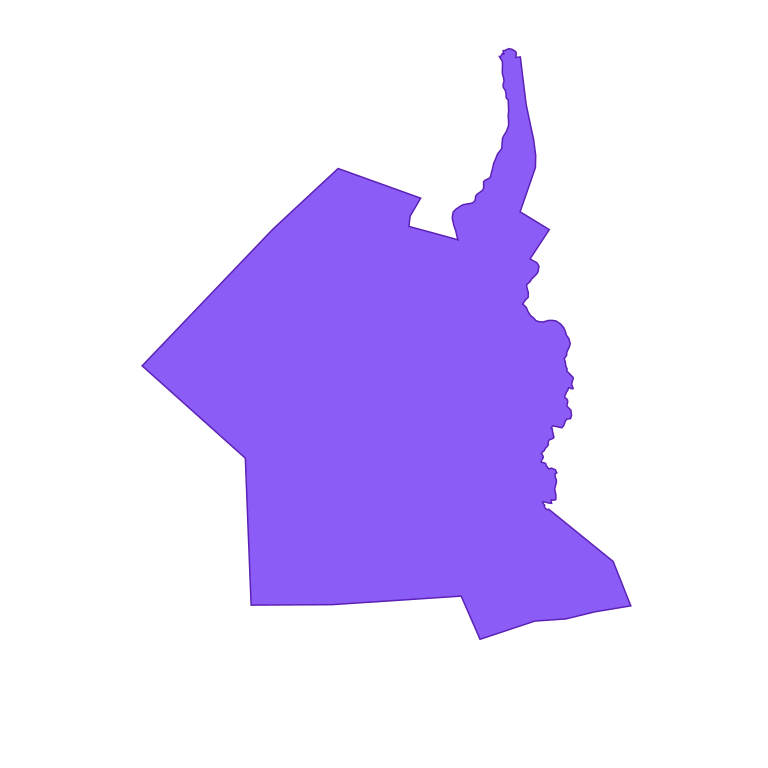 San Jerónimo Taviche, Oaxaca, Mexico (orthographic projection), rotated 73°
{"feature_id": "50627088B38398266260275", "entity_name": "San Jerónimo Taviche", "entity_type": "district", "adm_level": 2, "iso_a3": "MEX", "parent_name": "Mexico", "parent_adm1": "Oaxaca", "projection": "orthographic", "projection_center": [-96.586, 16.703], "detail": "fine", "context": "isolated", "style": "filled", "palette": "violet", "viewbox_px": 768, "rotation_deg": 73, "n_neighbors": 0, "source": "geoboundaries", "source_scale": "gbopen_adm2", "svg_char_len": 2965}
<svg xmlns="http://www.w3.org/2000/svg" viewBox="0 0 768 768"><g transform="rotate(73 384 384)"><path d="M111.1,158.0L110.2,162.6L106.7,160.8L104.6,160.9L102.2,162.9L101.1,164.1L100.2,166.0L99.7,166.7L100.1,167.9L100.0,169.5L100.6,170.5L100.0,172.6L102.6,173.1L103.3,172.7L103.6,173.3L102.7,174.3L104.9,176.8L104.6,177.9L106.7,177.4L110.2,176.5L114.2,177.6L117.8,178.9L122.0,180.1L125.7,180.1L129.2,180.6L132.7,182.7L135.4,183.2L138.8,182.2L142.2,182.4L144.5,183.2L146.7,183.4L148.2,182.1L159.1,184.9L164.0,186.9L167.2,187.6L170.7,188.5L173.3,189.3L178.4,193.2L180.8,196.1L183.7,198.8L187.8,200.5L193.2,202.5L196.0,206.4L197.1,208.0L199.4,209.9L202.4,212.3L205.2,214.7L209.7,217.2L213.6,219.7L216.7,221.3L218.0,223.2L218.7,227.8L219.6,229.6L221.8,230.3L225.7,231.4L227.5,233.0L228.3,235.1L229.6,239.1L231.0,241.3L235.1,243.3L236.4,245.2L236.7,247.8L236.1,251.9L235.7,255.6L235.9,257.6L236.8,260.7L237.9,264.2L239.5,267.3L241.4,268.5L244.7,270.0L245.6,270.3L246.5,270.4L248.8,270.5L250.8,270.7L252.5,270.9L254.2,270.8L256.5,270.7L258.3,270.6L260.9,270.8L263.0,270.9L264.6,271.1L266.3,271.1L267.8,271.0L253.0,294.3L240.6,314.1L231.1,309.9L217.0,294.6L164.5,364.9L203.5,445.1L295.9,610.0L414.4,538.3L481.2,555.9L556.6,575.7L580.0,497.6L580.2,496.5L609.4,372.2L656.2,366.8L656.1,361.6L654.8,309.1L661.8,278.9L663.5,249.1L668.3,212.8L667.9,212.9L620.8,216.7L551.9,263.1L551.9,264.8L550.3,266.0L548.4,266.5L546.8,265.8L544.1,267.1L543.0,266.2L546.2,260.9L547.1,258.6L543.8,258.2L545.0,254.7L544.5,253.3L540.5,252.1L534.3,251.5L528.2,247.7L525.7,247.2L522.4,247.5L520.0,246.6L519.5,244.7L516.0,245.3L513.4,248.5L513.3,251.3L509.6,252.6L507.2,252.7L506.1,254.0L504.9,256.5L503.4,255.9L500.8,253.1L499.0,253.0L496.4,253.8L495.2,251.9L494.7,250.5L493.6,249.3L492.3,247.9L491.4,246.1L490.1,244.6L488.0,244.1L486.5,243.2L485.8,242.4L485.4,238.0L484.5,237.0L479.2,236.8L476.1,236.2L475.0,237.0L473.5,235.0L474.2,233.2L477.9,226.7L476.4,224.3L472.4,221.3L471.1,219.5L471.6,215.7L468.7,213.7L466.4,213.5L463.8,212.9L460.7,214.4L458.5,215.6L454.7,213.5L452.8,213.2L451.1,213.9L450.4,214.9L448.4,214.7L444.9,211.6L443.4,209.8L441.5,208.6L441.7,207.9L443.2,206.3L443.8,204.8L443.2,204.3L441.1,204.6L440.0,204.7L438.9,204.4L437.7,204.0L434.5,201.7L433.1,201.2L427.2,204.2L425.1,205.5L423.3,204.5L419.9,204.9L416.3,204.2L412.5,204.2L410.0,201.0L406.9,199.8L402.7,195.9L399.8,194.1L394.5,194.0L390.6,195.3L386.7,195.2L382.8,195.6L378.5,197.5L374.1,200.9L372.2,204.8L371.3,208.3L371.2,213.5L370.1,216.8L368.0,220.1L364.8,221.5L361.5,223.8L356.9,225.1L352.5,225.5L348.1,227.9L345.1,224.4L343.3,220.8L338.8,219.2L334.3,219.2L330.7,218.6L328.9,214.6L326.6,211.8L324.9,208.5L323.2,205.4L321.5,203.7L316.7,201.4L313.0,202.2L307.1,207.8L284.7,180.8L259.1,203.5L221.3,175.9L209.8,172.1L193.7,169.4L182.8,168.5L159.0,166.4L152.8,165.4L149.8,164.8L149.0,164.7L145.1,164.0L139.2,163.0L133.7,162.0L127.9,161.0L121.3,159.8L111.1,158.0Z" fill="#8b5cf6" stroke="#5b21b6" stroke-width="1.5"/></g></svg>